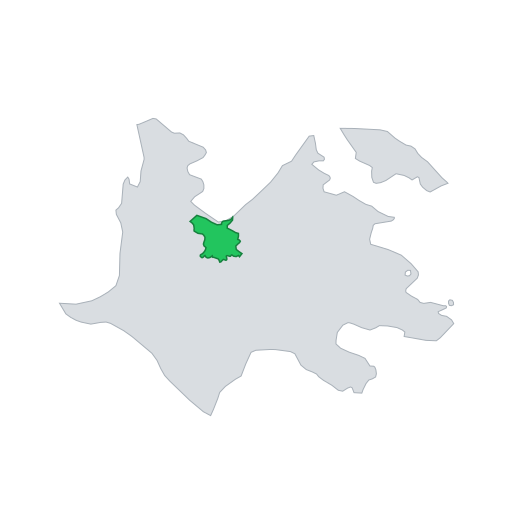 location of İmişli within Azerbaijan, rotated 170°
{"feature_id": "AZE-1704", "entity_name": "İmişli", "entity_type": "District", "adm_level": 1, "iso_a3": "AZE", "parent_name": "Azerbaijan", "parent_adm1": "", "projection": "robinson", "projection_center": [48.046, 39.851], "detail": "fine", "context": "in_parent", "style": "filled", "palette": "green", "viewbox_px": 512, "rotation_deg": 170, "n_neighbors": 0, "source": "natural_earth", "source_scale": "10m", "svg_char_len": 4664}
<svg xmlns="http://www.w3.org/2000/svg" viewBox="0 0 512 512"><g transform="rotate(170 256 256)"><path d="M350.5,406.1L348.4,406.0L333.6,409.4L330.5,408.3L317.7,392.8L315.1,391.1L309.6,390.4L306.4,387.9L303.8,383.8L302.3,380.7L289.1,372.3L287.2,369.2L286.9,366.5L288.9,364.1L291.1,362.1L297.5,360.0L305.0,358.2L307.4,356.9L308.6,354.7L308.5,351.1L307.3,347.6L296.5,341.2L295.4,338.4L295.0,335.1L295.6,331.5L297.3,328.8L306.1,325.0L310.8,321.1L307.8,316.8L298.4,306.9L287.2,296.0L279.7,295.9L271.1,299.1L257.3,308.4L249.6,312.4L239.7,318.9L228.8,326.2L219.9,334.0L214.3,340.4L204.5,343.2L199.4,348.6L182.8,364.8L178.2,364.6L177.9,356.6L178.2,350.2L177.2,346.5L171.8,341.5L171.8,339.4L173.2,338.0L177.3,338.8L182.6,338.6L185.1,336.6L179.5,330.0L174.5,325.6L170.3,322.6L169.4,320.8L169.4,319.6L170.3,318.1L177.5,314.4L178.3,311.1L177.8,307.4L166.3,301.9L157.7,303.9L150.0,297.7L145.0,292.9L138.9,287.8L133.4,285.0L128.1,278.6L119.0,272.0L113.1,270.1L113.2,269.1L114.3,267.9L116.7,266.9L133.2,267.1L135.2,265.9L136.2,263.1L138.5,258.9L141.2,252.8L141.0,247.6L124.6,239.3L112.8,231.6L104.6,221.5L99.1,212.3L99.3,209.2L101.0,206.2L113.8,197.7L114.7,195.5L114.5,194.0L110.0,189.6L104.3,185.1L102.5,181.8L99.0,180.2L92.1,180.0L80.2,174.5L77.7,174.0L77.1,172.9L77.7,171.8L86.3,169.5L86.2,167.7L83.6,165.3L78.8,163.5L74.5,159.1L73.0,155.1L88.6,143.6L93.1,141.2L103.2,143.4L124.1,151.0L122.6,155.3L124.7,157.7L129.5,161.0L138.7,164.3L146.6,166.0L150.5,164.5L156.6,163.3L164.4,167.1L171.5,171.9L175.1,173.8L177.0,174.4L182.5,172.8L189.2,166.6L191.8,159.1L192.5,155.5L188.7,150.5L180.9,145.1L172.1,140.3L166.4,136.2L162.9,127.9L159.2,127.0L158.3,125.9L157.7,123.1L157.9,119.1L159.2,116.1L162.8,114.8L166.4,114.3L169.7,111.4L173.8,105.8L175.6,102.6L183.2,104.4L184.2,109.5L185.6,110.6L188.8,110.0L194.1,107.8L198.3,109.5L203.7,115.5L211.2,121.9L215.2,126.2L216.8,129.2L220.6,132.0L226.2,135.4L230.7,140.7L234.7,153.0L238.7,155.9L253.2,160.5L258.3,161.5L272.5,163.2L277.6,162.0L284.9,151.4L291.5,140.4L297.7,138.2L308.8,132.9L315.5,127.9L318.3,122.5L324.5,112.4L328.4,106.7L334.9,111.8L346.4,125.5L362.7,147.9L366.7,154.2L369.3,161.5L371.6,170.4L375.4,178.3L392.0,198.1L399.2,205.4L410.9,214.9L415.1,217.0L420.5,217.6L430.5,217.6L439.7,221.3L444.3,223.9L449.1,227.7L453.3,232.0L457.7,243.6L441.6,239.8L425.5,240.4L416.4,242.9L407.6,246.3L399.1,251.1L393.9,260.5L389.5,282.2L383.1,302.7L383.4,312.1L386.3,321.2L386.0,325.5L383.0,327.3L379.2,331.2L374.3,349.9L371.8,353.7L368.6,356.0L367.7,353.8L367.9,348.9L360.8,344.5L357.1,349.4L354.5,359.7L349.4,370.6L349.1,372.6L350.5,406.1ZM111.7,214.2L112.5,211.3L110.5,210.0L108.3,209.9L106.5,211.4L106.4,215.0L109.0,215.6L111.7,214.2ZM57.8,298.9L55.4,295.9L54.3,294.3L61.4,292.9L73.4,288.8L76.6,290.8L80.0,294.9L81.7,298.4L81.9,304.9L83.3,306.0L89.1,303.8L91.7,306.4L96.1,309.6L103.8,312.7L115.0,307.8L120.5,306.6L125.1,306.7L127.5,308.2L128.3,313.3L127.4,319.5L126.1,322.9L128.4,325.4L137.5,331.5L141.2,334.8L139.3,340.6L146.0,354.8L148.3,360.3L150.9,367.1L137.0,364.5L111.9,358.7L105.0,355.8L98.6,347.9L94.7,344.1L89.0,339.2L84.3,337.3L80.8,333.9L78.8,328.8L75.8,324.3L70.7,319.0L59.3,300.8L57.8,298.9ZM74.2,178.2L72.7,179.2L70.3,178.2L69.6,176.0L69.9,173.7L72.2,173.1L74.1,173.8L74.6,175.9L74.2,178.2Z" fill="#d9dde1" stroke="#a8b0b8" stroke-width="1"/><path d="M284.4,293.9L283.6,295.1L282.8,295.8L281.9,296.0L276.4,295.9L274.7,296.3L273.3,297.2L272.2,298.3L272.2,298.2L272.9,295.4L276.0,292.8L279.0,291.1L279.5,288.4L277.0,286.6L274.4,284.6L272.1,282.6L269.4,281.3L269.8,278.7L271.1,275.5L269.7,274.7L268.9,273.3L269.9,272.0L271.4,271.2L274.2,269.3L274.3,265.9L272.0,263.3L269.4,260.8L272.4,258.1L273.2,259.6L274.6,259.2L275.3,258.9L276.1,259.0L276.8,259.3L277.6,259.5L278.2,259.8L279.3,261.0L279.8,261.3L280.3,261.1L280.9,260.4L281.3,260.2L281.8,260.2L282.5,260.6L282.8,260.7L284.0,261.3L284.9,261.4L285.3,261.0L285.2,259.1L285.2,258.1L285.5,257.4L286.3,257.0L287.1,257.4L288.0,258.0L288.7,258.3L290.2,257.4L291.6,256.3L292.7,256.2L293.2,258.6L293.7,259.7L297.6,261.9L298.3,262.2L298.8,262.2L299.2,262.6L299.1,263.7L301.4,262.6L302.7,262.4L304.0,262.5L304.5,262.8L305.2,263.3L305.7,264.0L306.2,265.4L306.8,265.2L307.7,264.3L307.9,264.2L308.3,264.0L308.8,263.8L309.4,263.7L310.0,264.1L310.3,264.6L310.9,265.4L310.7,266.5L309.8,267.1L308.4,267.5L306.9,268.6L305.5,269.9L304.5,271.3L303.8,272.9L304.5,273.9L305.4,274.9L305.7,276.9L304.8,278.8L303.6,280.9L303.0,283.2L303.7,285.3L304.9,287.0L309.2,288.4L312.6,291.3L312.5,292.5L312.1,293.6L312.0,295.5L312.0,297.5L313.2,299.6L314.9,301.5L307.2,306.3L298.7,301.5L294.0,297.0L288.9,293.5L284.5,293.1L284.4,293.9L284.4,293.9Z" fill="#22c55e" stroke="#15803d" stroke-width="1.5"/></g></svg>